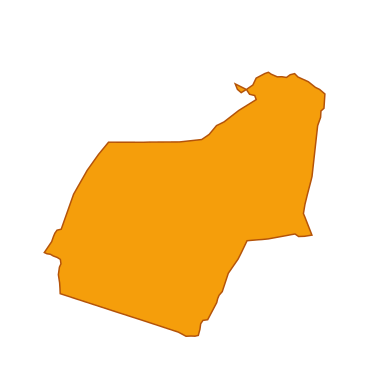 Igreja Nova, Alagoas, Brazil (Natural Earth projection), rotated 195°
{"feature_id": "56859067B76212973788295", "entity_name": "Igreja Nova", "entity_type": "district", "adm_level": 2, "iso_a3": "BRA", "parent_name": "Brazil", "parent_adm1": "Alagoas", "projection": "natural_earth1", "projection_center": [-36.632, -10.154], "detail": "fine", "context": "isolated", "style": "filled", "palette": "amber", "viewbox_px": 384, "rotation_deg": 195, "n_neighbors": 0, "source": "geoboundaries", "source_scale": "gbopen_adm2", "svg_char_len": 1300}
<svg xmlns="http://www.w3.org/2000/svg" viewBox="0 0 384 384"><g transform="rotate(195 192 192)"><path d="M166.0,305.1L161.7,301.3L156.4,301.4L153.9,297.9L168.0,282.8L179.2,268.0L185.5,262.5L190.3,252.1L196.2,245.2L213.2,238.6L217.1,237.1L246.0,229.2L251.3,227.6L285.5,218.5L292.0,204.2L298.9,185.7L299.7,182.5L305.8,159.2L308.7,122.2L312.5,120.2L313.8,116.7L314.3,113.0L314.7,107.7L319.0,95.3L316.1,94.8L312.7,95.2L309.4,94.3L305.2,93.9L301.7,92.8L300.0,88.7L300.6,85.1L299.7,77.6L296.4,70.1L294.7,65.1L293.0,59.7L276.7,58.8L232.8,56.5L216.6,55.7L208.1,55.3L168.9,53.1L160.4,51.1L155.8,52.6L151.8,53.5L148.8,55.1L148.8,61.4L149.5,67.0L148.2,70.8L143.8,72.7L139.5,91.5L139.6,95.7L139.1,99.3L137.0,103.6L135.9,122.9L130.1,139.2L128.7,145.9L126.2,159.2L115.7,163.0L112.1,164.2L106.3,166.4L89.2,174.5L85.3,176.4L81.6,178.1L77.5,176.6L71.9,178.3L65.0,181.4L76.4,196.9L78.8,200.0L79.7,209.4L79.8,215.0L79.9,218.8L80.0,234.6L80.1,238.1L87.8,288.6L87.1,297.4L88.4,303.6L86.2,307.0L89.0,321.1L95.3,324.1L99.9,325.0L108.1,328.6L119.4,330.5L123.5,332.9L127.5,330.7L130.4,327.1L135.1,326.6L139.4,325.3L146.0,326.3L149.2,327.4L152.3,325.3L159.5,318.6L160.9,311.1L166.0,305.1ZM166.0,305.1L171.3,306.2L178.2,307.6L174.7,302.9L170.2,300.7L166.0,305.1Z" fill="#f59e0b" stroke="#b45309" stroke-width="1.5"/></g></svg>